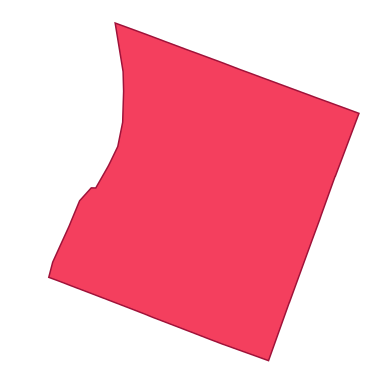 Lake, Illinois, United States of America, rotated 200°
{"feature_id": "52423323B38563431849578", "entity_name": "Lake", "entity_type": "district", "adm_level": 2, "iso_a3": "USA", "parent_name": "United States of America", "parent_adm1": "Illinois", "projection": "equal_earth", "projection_center": [-87.971, 42.324], "detail": "fine", "context": "isolated", "style": "filled", "palette": "rose", "viewbox_px": 384, "rotation_deg": 200, "n_neighbors": 0, "source": "geoboundaries", "source_scale": "gbopen_adm2", "svg_char_len": 723}
<svg xmlns="http://www.w3.org/2000/svg" viewBox="0 0 384 384"><g transform="rotate(200 192 192)"><path d="M62.0,323.0L90.9,323.1L101.0,323.1L108.1,323.1L165.8,323.4L177.2,323.5L188.7,323.5L211.7,323.9L217.4,323.9L218.6,323.9L246.4,324.0L269.5,324.2L285.5,324.4L322.0,324.5L297.9,281.5L290.7,263.2L281.0,233.8L277.3,209.4L279.1,191.4L279.6,187.3L283.8,162.9L288.1,161.4L294.6,145.3L295.6,122.9L295.7,119.9L295.8,117.7L297.2,100.1L298.9,78.4L297.4,62.8L288.4,62.8L272.0,62.5L240.0,62.0L238.7,62.0L196.8,61.2L185.7,60.8L150.6,60.2L124.4,59.7L112.0,59.5L62.4,59.7L62.8,121.6L62.7,121.6L62.7,136.2L62.7,188.4L62.6,209.9L62.7,214.1L62.9,255.6L62.7,255.7L62.0,323.0Z" fill="#f43f5e" stroke="#9f1239" stroke-width="1.5"/></g></svg>